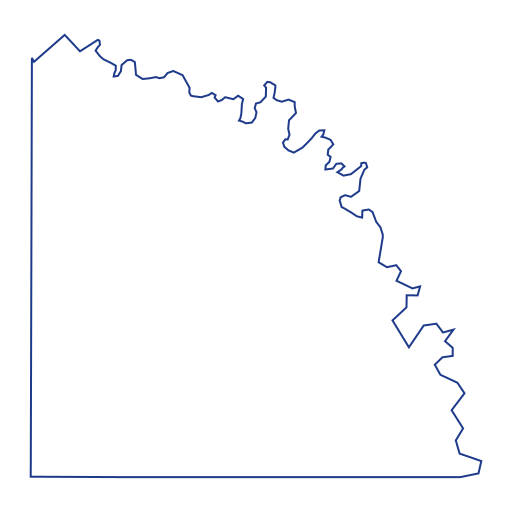 the district of San Saba, Texas, United States of America
{"feature_id": "52423323B43547858448152", "entity_name": "San Saba", "entity_type": "district", "adm_level": 2, "iso_a3": "USA", "parent_name": "United States of America", "parent_adm1": "Texas", "projection": "mercator", "projection_center": [-98.711, 31.206], "detail": "fine", "context": "isolated", "style": "outline", "palette": "blue", "viewbox_px": 512, "rotation_deg": 0, "n_neighbors": 0, "source": "geoboundaries", "source_scale": "gbopen_adm2", "svg_char_len": 2100}
<svg xmlns="http://www.w3.org/2000/svg" viewBox="0 0 512 512"><path d="M31.9,57.9L30.8,461.9L30.7,476.7L115.7,477.1L460.5,477.1L478.5,473.4L481.3,461.1L459.6,453.6L455.8,440.4L463.1,428.4L451.6,410.2L464.5,393.3L457.5,382.8L440.4,374.8L434.8,364.7L442.4,357.3L452.7,355.9L452.7,347.8L445.0,341.2L453.5,329.6L443.0,332.5L436.4,323.7L423.7,325.5L408.9,347.3L392.5,320.4L406.5,307.3L406.7,295.3L417.6,295.4L420.1,286.4L412.5,288.4L396.5,280.8L401.0,271.2L396.3,265.2L387.0,267.2L378.6,262.3L382.8,237.2L382.7,234.3L380.4,227.2L376.3,222.0L372.5,212.0L368.8,209.5L362.4,210.6L362.2,215.5L362.1,217.6L356.9,216.3L351.7,212.8L345.0,208.8L341.6,207.0L339.7,200.5L340.6,197.3L345.1,195.2L351.0,196.8L359.2,191.0L360.5,178.7L364.3,169.8L367.2,167.3L365.9,163.1L364.0,162.6L361.3,163.2L361.2,166.1L350.9,174.2L343.5,175.6L337.4,172.2L341.4,169.5L342.9,167.6L344.5,166.4L341.4,163.4L336.3,163.8L333.0,168.5L325.4,169.5L325.7,165.4L329.4,161.9L330.6,156.9L327.7,154.7L328.3,149.5L330.6,147.3L333.3,144.3L330.5,139.8L325.3,137.6L321.6,136.7L323.3,134.5L324.3,130.3L319.3,130.5L315.5,133.4L311.5,138.4L308.0,142.1L302.5,147.6L293.8,152.6L288.5,150.4L284.3,146.8L283.0,142.5L285.4,139.3L287.7,139.5L289.5,134.8L288.2,128.8L289.0,120.3L296.0,113.0L294.7,106.3L294.7,102.1L288.5,99.6L281.9,101.7L276.7,100.2L273.5,97.8L274.6,92.9L275.2,88.7L275.4,85.4L270.1,82.2L267.3,81.9L264.2,85.4L266.1,87.7L265.8,96.6L260.4,102.3L256.0,103.5L254.7,108.1L256.5,112.3L255.3,117.9L251.8,122.6L246.0,123.3L242.2,121.5L239.0,120.6L240.3,118.4L241.3,114.1L241.9,104.2L243.1,99.0L238.1,95.7L233.4,99.2L225.2,97.2L221.8,100.0L218.0,101.5L214.6,97.5L215.6,95.2L211.8,92.9L208.7,95.0L201.2,97.2L193.0,96.2L190.9,95.6L189.3,92.5L189.6,87.9L182.6,75.2L173.3,71.0L167.6,73.0L164.0,77.3L159.3,78.2L156.0,77.1L149.4,78.3L142.6,79.0L136.0,74.8L135.2,65.7L134.8,62.0L130.9,59.8L127.2,60.2L121.6,65.0L120.9,71.2L117.9,75.9L113.7,76.5L114.3,73.4L115.7,70.2L115.8,65.7L110.7,62.8L103.5,59.3L100.0,56.3L95.6,50.7L97.6,47.5L100.0,44.7L99.4,40.6L97.7,39.9L80.0,51.3L64.7,34.9L34.0,61.8L31.9,57.9Z" fill="none" stroke="#1e3a8a" stroke-width="2"/></svg>